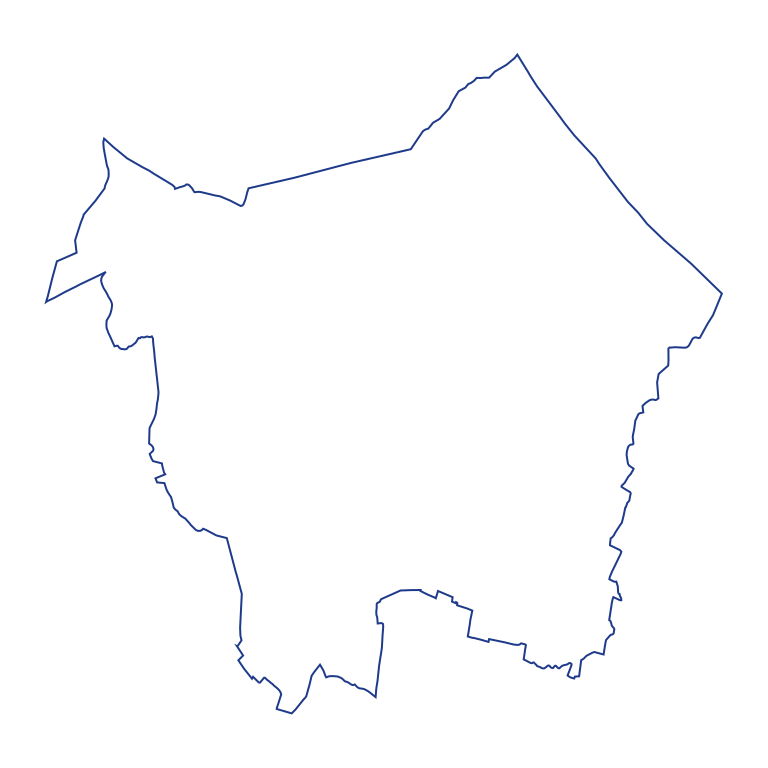 Chau Thanh, Hau Giang, Vietnam (Equal Earth projection)
{"feature_id": "81297802B83209776142835", "entity_name": "Chau Thanh", "entity_type": "district", "adm_level": 2, "iso_a3": "VNM", "parent_name": "Vietnam", "parent_adm1": "Hau Giang", "projection": "equal_earth", "projection_center": [105.811, 9.921], "detail": "fine", "context": "isolated", "style": "outline", "palette": "blue", "viewbox_px": 768, "rotation_deg": 0, "n_neighbors": 0, "source": "geoboundaries", "source_scale": "gbopen_adm2", "svg_char_len": 6094}
<svg xmlns="http://www.w3.org/2000/svg" viewBox="0 0 768 768"><path d="M104.1,138.6L103.5,141.1L103.3,142.7L103.7,148.0L104.6,153.2L106.8,164.9L107.3,166.6L108.2,168.8L108.6,171.1L108.7,174.2L108.6,176.5L108.1,178.5L107.3,180.6L105.5,184.7L104.9,186.5L104.6,188.4L95.5,200.7L83.7,214.6L83.5,215.1L83.4,216.1L80.8,222.6L75.1,240.3L76.6,252.7L56.9,261.3L52.1,278.9L47.9,295.9L46.1,302.0L47.4,301.1L54.4,297.8L65.5,291.7L76.7,286.2L80.0,284.4L99.6,275.1L105.9,271.9L105.1,272.6L102.2,276.4L101.4,278.2L101.1,280.4L101.4,282.2L102.4,285.3L103.6,288.1L106.5,292.7L108.5,296.9L110.3,299.7L111.3,301.8L112.0,304.0L112.0,306.1L111.5,309.5L110.5,313.3L109.6,315.5L106.6,320.6L106.4,325.0L106.6,328.0L108.5,333.2L109.9,336.0L114.5,346.3L116.5,345.8L117.8,345.8L118.9,347.3L120.0,348.3L121.6,349.1L122.7,349.0L124.9,349.4L126.1,349.1L127.1,348.6L128.0,347.3L129.1,346.4L130.1,346.4L131.6,345.9L135.7,342.6L138.5,338.0L139.7,338.3L140.3,338.1L140.7,337.4L141.5,337.1L144.3,337.4L146.9,336.5L149.7,337.1L151.3,336.7L151.8,336.4L152.9,338.4L153.3,343.9L154.2,351.5L154.7,357.7L158.5,392.0L158.4,394.1L157.8,399.9L157.1,403.0L156.4,409.3L155.6,414.3L154.1,418.7L149.6,427.9L149.5,429.5L149.1,443.5L151.7,445.5L152.9,447.1L153.5,449.1L153.1,450.7L149.7,454.0L151.5,458.5L152.9,461.0L154.5,461.5L159.6,462.8L162.0,463.5L162.1,465.0L163.8,471.7L164.2,472.8L165.2,474.3L155.5,478.3L157.1,482.4L164.4,483.1L166.5,489.5L167.4,491.4L168.7,493.6L171.1,497.2L172.4,501.9L173.1,504.8L173.7,507.5L174.8,508.9L176.1,510.2L177.5,511.1L178.9,513.7L179.7,514.7L181.7,516.4L185.3,518.6L189.4,523.1L190.9,525.1L195.9,530.0L198.1,530.9L200.3,530.9L202.1,529.8L203.1,528.7L206.2,530.0L216.3,535.4L226.8,538.1L236.1,573.3L236.5,574.3L241.8,593.9L240.1,627.7L240.4,635.5L241.5,640.4L237.8,645.8L237.2,646.3L237.0,646.2L243.1,655.5L238.4,660.3L243.9,668.5L252.0,678.7L253.1,676.8L258.8,682.5L260.0,682.6L264.0,677.8L264.9,677.7L267.7,680.4L268.5,680.8L271.0,683.0L273.0,684.4L273.6,685.3L277.3,688.3L279.2,690.3L280.4,692.0L281.2,694.4L278.4,703.3L276.9,707.7L276.7,709.0L291.7,713.4L295.7,709.3L304.0,698.9L304.3,698.8L306.2,696.5L309.7,684.0L311.6,675.8L314.3,671.9L320.0,664.7L323.5,670.7L325.5,676.1L326.2,677.4L328.3,676.5L330.4,676.1L333.0,676.1L337.6,676.5L340.8,677.8L341.8,678.4L343.0,679.4L344.9,681.3L347.0,681.9L348.2,682.4L350.7,684.2L352.1,684.9L353.3,685.0L354.4,684.7L354.8,684.5L356.5,686.4L357.5,687.2L358.6,688.0L359.4,688.3L362.5,688.7L364.4,689.2L366.5,690.3L368.2,691.3L370.0,692.6L375.6,697.1L376.3,688.5L377.5,681.0L379.2,665.0L381.5,650.5L381.9,647.2L382.3,640.4L382.5,636.3L383.2,627.0L383.1,624.7L382.9,623.8L382.3,623.4L381.2,623.1L377.7,623.5L377.2,617.2L376.6,615.6L376.3,613.7L376.3,611.2L376.7,607.9L376.7,604.0L377.2,603.2L377.6,602.8L379.5,602.0L380.0,601.4L380.8,599.6L381.3,599.1L400.5,590.5L411.4,590.1L420.6,590.0L420.4,590.9L423.6,592.6L428.2,594.8L434.3,597.4L435.8,598.3L438.0,591.0L452.6,597.2L452.0,601.6L455.5,603.1L456.0,602.1L457.3,602.9L457.1,605.3L467.5,608.6L472.3,610.6L470.3,620.2L469.8,624.3L467.8,636.5L472.6,637.9L473.2,637.8L480.5,639.6L488.5,641.9L489.1,639.1L505.0,642.4L513.6,644.5L516.0,644.8L517.9,644.9L519.5,644.6L521.0,643.4L521.5,643.4L524.8,644.3L525.6,644.6L525.9,645.2L525.0,650.3L523.7,659.4L530.7,663.0L531.8,663.2L532.9,662.6L533.7,662.4L535.5,664.2L536.3,664.8L536.8,665.8L537.7,666.3L538.7,666.6L540.2,667.2L542.1,668.2L543.0,668.4L544.1,668.4L546.0,667.2L547.5,665.8L548.4,665.5L549.2,665.6L551.1,667.6L552.2,668.0L553.2,667.9L554.4,666.3L555.2,665.7L555.9,665.8L558.1,668.1L559.3,668.3L562.0,665.9L564.2,665.1L565.8,664.8L567.2,664.4L569.0,663.2L569.9,663.0L570.6,663.3L571.4,663.9L571.6,664.9L567.6,675.5L569.7,677.0L571.0,677.6L574.2,678.5L574.9,676.6L579.1,676.3L581.2,660.1L582.4,659.5L583.6,658.7L586.5,655.8L592.2,652.8L594.3,652.0L603.6,654.5L604.9,646.1L606.0,640.1L610.1,635.4L610.9,634.8L612.6,634.4L613.6,633.5L614.0,630.7L614.4,629.4L613.9,628.1L612.5,626.7L611.7,625.3L611.0,622.5L610.3,620.9L609.2,620.1L612.0,601.9L612.7,599.0L613.4,597.1L620.0,600.2L620.9,600.4L621.3,600.2L621.2,598.7L620.8,597.4L620.1,596.4L619.6,594.2L619.3,594.3L618.6,593.6L618.1,592.0L617.8,586.4L616.3,581.6L614.8,581.8L613.1,581.2L610.6,579.9L609.3,579.1L609.9,576.7L611.9,571.9L620.7,553.8L621.3,551.6L620.0,550.1L610.0,545.3L610.2,542.0L610.7,538.3L612.0,537.5L613.9,535.3L615.0,533.0L620.4,524.6L621.8,522.8L623.5,516.2L625.3,507.5L625.8,507.3L627.3,502.9L628.8,501.3L629.4,500.2L630.1,496.0L630.7,493.6L630.4,492.5L629.7,491.9L623.4,488.1L621.6,486.9L621.5,486.3L621.8,485.6L624.7,482.8L628.2,476.8L630.4,474.4L630.8,473.7L631.1,473.6L631.6,472.4L632.9,470.4L633.6,468.7L629.0,465.5L628.2,464.2L627.9,463.3L626.6,455.2L626.8,451.9L627.9,447.6L628.6,446.2L629.7,445.2L630.5,444.7L632.8,444.4L633.4,443.8L633.3,442.3L632.7,437.1L633.0,434.9L634.1,429.6L635.4,420.3L635.7,420.0L638.3,414.3L639.4,413.4L643.3,412.4L642.5,405.9L645.7,402.9L649.6,400.2L651.6,399.6L653.8,399.6L655.4,400.1L656.2,399.9L658.4,398.4L657.1,382.4L658.7,373.9L668.2,365.6L668.5,360.6L668.4,348.6L669.5,347.5L670.7,347.6L675.1,347.2L684.2,347.7L685.5,347.6L686.5,347.4L687.4,347.0L688.7,345.8L689.4,344.7L691.9,340.0L692.5,338.9L693.4,338.1L694.3,337.6L695.2,337.4L696.1,337.4L698.6,338.1L700.0,337.7L701.1,335.5L707.6,323.7L713.0,315.2L721.9,293.6L691.1,263.6L664.2,240.4L647.0,223.8L638.2,212.7L627.8,201.8L609.1,177.6L599.1,163.8L595.8,158.6L574.3,135.4L564.8,123.5L558.9,115.4L537.0,86.3L530.0,75.4L528.2,72.2L517.3,54.6L514.8,57.9L506.5,64.8L494.8,71.6L489.1,77.7L483.4,77.7L481.1,78.0L476.7,77.9L473.8,81.0L470.9,83.0L468.3,84.0L465.4,87.6L458.7,91.2L453.1,100.3L449.1,108.5L439.6,118.9L433.1,122.7L428.3,128.6L425.3,129.6L423.0,131.1L410.8,149.2L351.1,162.9L294.9,177.6L248.6,188.3L247.3,192.0L245.5,199.2L243.5,204.3L242.4,205.5L240.7,206.0L230.0,200.5L220.0,196.3L215.2,195.5L201.1,192.1L198.6,191.8L194.7,192.2L194.1,191.8L192.3,188.6L189.2,185.2L188.3,184.7L187.1,184.4L186.4,184.5L184.8,185.7L183.4,186.2L179.5,187.3L175.0,188.9L174.5,186.9L172.3,184.9L153.5,173.5L149.3,170.7L142.5,167.2L127.2,158.4L113.3,147.0L104.1,138.6Z" fill="none" stroke="#1e3a8a" stroke-width="2"/></svg>